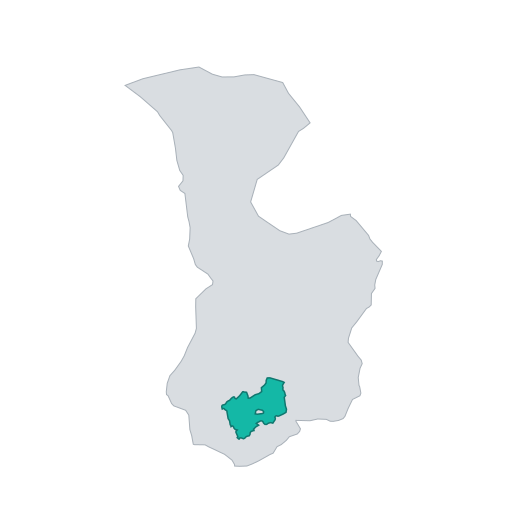 where Rezeknes sits in Latvia, rotated 75°
{"feature_id": "LVA-1066", "entity_name": "Rezeknes", "entity_type": "Municipality", "adm_level": 1, "iso_a3": "LVA", "parent_name": "Latvia", "parent_adm1": "", "projection": "mercator", "projection_center": [27.315, 56.501], "detail": "fine", "context": "in_parent", "style": "filled", "palette": "teal", "viewbox_px": 512, "rotation_deg": 75, "n_neighbors": 0, "source": "natural_earth", "source_scale": "10m", "svg_char_len": 3736}
<svg xmlns="http://www.w3.org/2000/svg" viewBox="0 0 512 512"><g transform="rotate(75 256 256)"><path d="M366.7,378.3L363.9,377.8L356.0,374.7L349.3,370.1L345.3,364.0L338.4,355.6L333.9,351.2L326.7,345.8L314.8,334.8L310.5,332.3L289.4,327.4L281.7,325.2L274.7,312.7L272.4,305.4L269.0,304.0L265.2,305.6L261.1,307.1L251.6,315.6L248.5,316.8L242.6,316.9L228.8,318.8L222.5,315.7L211.6,312.3L205.7,311.8L200.5,311.8L177.2,308.5L173.0,312.2L168.7,312.8L164.5,307.1L159.3,305.5L153.6,307.5L143.2,307.7L130.9,305.9L115.2,304.5L112.9,305.1L95.5,312.6L91.2,313.8L72.3,326.5L57.3,338.3L55.5,319.4L56.5,281.2L58.7,262.2L69.1,251.1L74.3,242.4L77.3,230.8L78.2,220.0L80.3,211.0L95.4,185.3L107.3,182.5L123.4,175.3L141.4,169.3L144.9,176.9L146.7,182.7L168.4,203.8L173.9,210.9L182.3,235.0L202.4,247.2L218.2,243.3L225.1,237.4L237.7,226.5L243.4,218.5L244.5,210.8L242.3,177.5L238.9,163.0L240.0,154.0L242.3,154.4L247.7,150.1L265.3,141.9L268.9,141.6L272.9,139.9L284.0,133.7L287.6,137.0L290.6,140.7L292.2,140.8L293.0,139.4L292.8,137.0L293.6,135.3L296.8,136.2L309.7,146.4L314.7,148.8L318.1,149.4L322.1,154.2L333.1,157.4L334.5,159.8L335.3,162.9L345.6,175.7L350.2,182.1L359.4,188.0L363.3,189.4L379.3,183.4L383.8,181.3L387.5,181.3L391.3,184.5L399.8,188.7L407.6,190.0L409.0,189.7L415.6,190.2L417.9,191.8L419.5,199.9L426.9,206.3L433.9,211.6L435.6,214.0L436.2,218.8L435.7,224.2L434.8,227.1L432.0,230.3L429.4,238.6L429.1,246.5L425.1,260.0L426.0,260.2L434.4,257.8L436.7,259.2L438.6,262.2L439.2,270.6L441.9,274.4L444.7,280.4L445.6,285.0L450.9,290.5L451.4,294.0L454.6,306.5L455.9,313.7L456.5,319.2L454.9,326.2L453.4,331.0L451.8,330.7L447.0,332.0L439.4,337.7L428.1,351.1L425.2,354.1L422.3,364.3L421.6,365.3L415.0,364.8L413.2,364.6L406.6,364.8L392.3,362.1L386.8,363.9L379.5,374.2L376.7,375.7L368.2,377.1L366.7,378.3Z" fill="#d9dde1" stroke="#a8b0b8" stroke-width="1"/><path d="M385.4,261.5L387.5,263.7L388.5,264.0L390.4,264.0L391.2,264.5L392.6,264.6L393.2,264.1L394.7,263.7L396.2,263.6L396.8,263.8L398.4,263.5L399.8,265.3L403.0,265.7L408.4,266.4L411.9,266.2L414.8,267.5L415.7,270.7L416.5,275.5L416.2,276.8L415.6,277.4L415.7,278.5L416.0,279.0L416.6,279.6L417.4,279.3L418.0,279.4L418.7,279.7L419.6,280.4L420.2,281.2L421.8,283.0L420.7,285.0L420.7,287.4L421.4,289.3L421.0,290.9L420.1,291.5L419.4,291.9L418.7,292.1L417.7,292.2L416.9,293.0L416.6,293.6L416.5,294.2L416.6,295.1L417.0,296.3L417.1,297.3L417.8,299.1L420.1,297.2L420.6,298.7L420.6,299.4L421.3,300.9L421.8,301.8L422.3,302.3L422.4,302.7L422.4,303.0L422.7,303.3L423.0,303.3L423.3,303.1L424.1,303.1L424.0,304.4L424.2,305.1L424.1,305.9L425.1,307.3L426.8,308.0L427.9,309.1L427.9,309.7L427.8,310.5L427.9,312.0L428.4,313.0L429.1,314.1L429.3,315.4L427.7,317.6L427.7,319.0L428.1,319.2L428.4,319.4L428.5,319.8L428.0,320.3L427.5,320.5L426.6,321.2L425.7,320.3L421.1,321.0L420.2,320.7L420.0,320.4L419.2,319.1L418.9,319.5L418.6,320.4L417.8,321.2L416.7,321.8L415.4,321.9L414.4,322.3L414.0,322.9L414.4,324.3L412.9,324.2L412.4,324.6L408.3,324.2L405.9,325.0L399.1,324.4L398.5,324.2L397.8,324.4L396.4,325.7L395.1,326.4L395.0,326.6L394.8,327.1L394.9,327.3L395.1,328.2L393.7,328.2L392.4,328.0L391.9,327.7L391.5,327.3L391.3,326.6L391.4,325.5L391.3,324.5L391.0,323.7L390.3,322.9L389.5,322.2L389.2,321.4L388.8,320.5L388.6,318.9L387.2,316.8L386.6,315.5L386.4,314.8L386.3,313.9L386.7,313.3L388.1,313.2L388.9,312.1L387.5,309.3L386.7,307.9L383.7,304.0L383.8,303.3L384.4,302.6L384.6,301.8L385.2,300.4L389.0,300.0L391.3,300.3L391.7,298.5L389.8,292.7L389.7,288.8L388.4,285.6L384.6,284.9L382.9,281.2L381.2,279.1L378.7,278.3L376.7,276.7L377.3,274.1L384.2,262.8L385.4,261.5ZM408.3,297.6L409.2,295.6L409.5,293.0L409.8,291.2L409.7,289.5L408.4,288.9L406.7,289.7L404.7,293.5L405.3,296.1L408.3,297.6Z" fill="#14b8a6" stroke="#0f766e" stroke-width="1.5"/></g></svg>